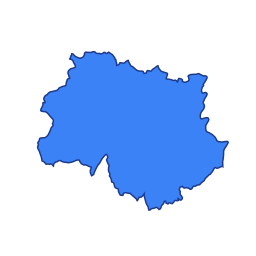 the district of Moc Chau, Son La, Vietnam, rotated 74°
{"feature_id": "81297802B18330735489877", "entity_name": "Moc Chau", "entity_type": "district", "adm_level": 2, "iso_a3": "VNM", "parent_name": "Vietnam", "parent_adm1": "Son La", "projection": "orthographic", "projection_center": [104.628, 20.87], "detail": "fine", "context": "isolated", "style": "filled", "palette": "blue", "viewbox_px": 256, "rotation_deg": 74, "n_neighbors": 0, "source": "geoboundaries", "source_scale": "gbopen_adm2", "svg_char_len": 5772}
<svg xmlns="http://www.w3.org/2000/svg" viewBox="0 0 256 256"><g transform="rotate(74 128 128)"><path d="M94.4,65.3L94.6,65.8L95.3,66.5L97.4,67.7L97.4,67.9L96.0,68.4L95.0,69.4L95.0,70.7L94.7,71.5L93.6,72.9L92.3,75.3L91.6,77.4L91.4,77.6L90.6,77.5L87.5,75.4L86.9,75.1L86.1,75.3L82.7,80.4L79.7,81.8L77.7,82.1L76.5,82.0L76.4,82.2L76.6,83.3L77.5,85.3L78.4,88.2L79.6,90.1L79.6,90.8L78.5,92.5L78.2,93.4L78.4,94.0L79.3,94.7L80.0,95.0L80.2,95.5L80.0,96.8L79.6,97.7L79.3,97.8L78.0,97.8L77.5,98.2L76.9,99.8L76.4,101.4L75.9,102.4L75.2,103.3L73.8,104.4L70.2,106.7L69.5,107.8L68.3,108.3L64.5,109.1L63.1,109.1L63.0,109.5L63.4,111.4L64.2,112.9L64.5,114.1L64.3,114.9L63.2,117.1L63.1,117.7L64.6,119.4L64.7,121.3L64.7,121.6L62.2,121.0L61.1,121.2L59.9,120.9L58.6,121.0L58.1,121.6L57.6,121.4L56.7,121.4L53.2,122.8L49.8,125.7L49.8,126.0L50.5,127.7L50.2,128.5L49.0,129.4L48.7,130.1L48.7,130.4L49.1,131.4L49.3,132.1L49.4,133.1L49.2,133.8L48.6,134.5L48.4,135.3L47.7,137.4L47.0,138.2L46.1,138.6L45.8,138.8L45.4,139.3L45.0,140.6L45.2,142.7L44.0,146.5L43.8,146.8L43.4,147.9L43.5,148.3L44.1,149.0L44.5,149.3L46.0,150.0L47.0,151.2L47.5,151.9L47.7,153.1L47.7,154.7L47.6,155.1L47.1,156.0L45.1,158.5L43.2,159.8L42.1,160.2L41.7,160.5L41.1,161.6L42.0,162.0L43.1,163.1L44.7,164.1L45.6,165.0L45.9,164.7L46.4,163.6L47.9,162.4L49.1,162.4L50.9,162.1L53.3,161.4L54.7,161.7L55.3,162.9L55.3,166.4L55.5,167.3L56.5,169.4L57.7,170.2L59.0,170.7L60.6,170.4L62.6,170.6L62.9,170.4L63.8,170.3L64.1,170.3L64.3,170.7L64.2,171.8L64.2,172.2L64.5,172.8L65.1,173.3L65.9,173.8L67.3,174.8L69.4,175.6L69.7,175.9L70.0,176.4L70.2,177.1L70.0,179.0L70.3,181.9L70.6,183.2L71.8,184.9L72.1,185.5L72.2,186.4L72.1,189.9L71.9,192.4L72.0,193.5L72.6,195.1L73.7,196.4L73.9,198.0L74.2,198.6L74.8,199.5L76.3,200.8L77.9,201.0L79.3,200.5L80.7,200.8L80.8,201.2L80.1,202.3L80.2,202.6L80.7,203.0L81.8,203.1L83.2,204.0L85.8,206.4L87.1,207.1L88.1,206.5L89.7,202.8L90.2,202.2L92.0,201.0L95.8,199.4L99.1,197.7L99.9,197.7L101.3,198.0L103.0,199.4L104.8,199.2L105.3,199.7L106.4,201.5L107.2,202.2L108.7,203.3L110.8,205.0L112.6,206.7L113.4,207.8L114.0,209.1L114.4,210.5L114.0,212.6L113.6,214.4L113.6,215.5L114.0,216.0L115.1,216.5L115.7,217.0L117.0,218.5L118.0,218.9L119.1,218.7L119.6,218.9L120.1,219.2L120.7,219.8L121.5,220.2L122.6,220.3L125.7,219.7L130.5,219.4L131.8,219.3L136.0,219.7L136.6,218.8L137.4,218.1L138.5,217.4L139.8,217.1L140.0,216.9L140.4,216.2L140.5,214.6L141.0,214.0L141.3,213.5L141.3,211.8L141.4,211.6L142.5,210.8L143.4,210.5L144.0,210.3L144.1,210.2L143.1,209.9L142.7,209.6L141.8,208.8L141.4,208.3L141.0,207.4L140.8,206.4L140.9,205.4L140.8,204.9L140.3,203.8L140.4,202.8L140.8,201.9L142.3,200.4L143.5,198.3L144.0,196.8L144.9,195.2L145.2,192.9L145.3,190.7L144.8,186.2L145.0,184.8L145.3,184.1L145.5,183.7L147.1,183.5L149.2,182.8L150.5,181.7L151.4,180.6L151.8,178.8L152.1,178.3L153.9,176.4L155.3,174.5L155.7,174.0L158.2,175.8L159.2,176.2L160.9,176.5L163.8,176.2L163.8,175.6L163.2,173.8L161.9,173.0L160.0,171.5L157.0,168.8L155.4,167.1L154.0,165.0L150.1,161.1L149.2,159.6L148.0,158.0L147.3,156.3L147.6,155.8L149.1,155.5L150.4,155.5L151.0,155.8L152.5,157.3L153.3,157.4L155.8,157.2L157.6,156.9L158.1,156.6L158.7,156.6L160.3,157.4L163.0,158.4L164.3,158.5L166.3,158.2L167.6,158.2L168.1,158.4L168.7,159.0L169.0,159.1L170.4,158.5L171.7,158.3L174.4,158.4L175.2,158.6L175.6,158.3L176.5,157.1L177.7,156.8L180.6,157.0L181.5,156.8L182.0,156.6L183.8,154.4L184.1,154.2L185.0,154.3L186.5,154.7L189.9,154.1L190.4,153.7L190.8,153.2L191.3,151.4L190.6,151.0L189.6,150.2L189.3,148.8L189.5,148.1L190.1,147.0L190.7,145.8L191.1,145.2L191.3,143.9L191.9,143.7L194.8,141.9L196.2,140.9L197.5,140.2L198.5,139.5L200.1,139.3L200.4,139.2L200.3,138.9L197.8,136.6L197.7,135.3L198.0,134.7L198.0,133.8L195.8,130.6L196.4,130.9L196.6,131.1L204.1,131.3L205.8,131.2L209.4,130.4L210.3,130.4L212.5,130.7L212.9,129.3L212.0,127.9L212.3,124.6L212.1,123.8L212.1,122.4L214.0,120.9L214.9,120.6L214.8,119.6L214.1,118.7L211.6,116.8L210.6,114.9L209.4,113.8L208.8,113.5L208.5,113.3L208.5,113.0L208.8,112.0L210.7,112.1L210.9,112.0L211.4,111.2L211.8,110.8L212.0,110.5L211.9,110.2L211.6,110.1L211.4,109.7L211.3,109.4L211.4,108.6L211.6,108.3L212.4,107.4L212.9,106.5L212.2,104.9L211.0,103.5L210.8,102.9L210.8,101.9L211.3,101.2L211.5,100.7L211.5,99.5L211.3,99.2L209.9,99.5L209.5,99.3L209.8,98.9L210.4,98.7L211.1,98.4L211.8,97.3L211.8,96.6L211.5,95.9L210.2,94.9L208.1,95.3L206.4,96.1L204.4,95.7L203.8,95.3L203.0,95.3L201.5,95.7L200.4,95.1L199.3,94.3L199.2,94.1L199.2,92.8L199.0,91.9L199.4,91.6L200.2,91.4L201.0,90.8L201.3,90.3L201.3,89.1L201.6,88.0L202.7,86.2L204.0,85.2L204.2,83.9L203.7,83.0L202.8,82.3L202.2,81.4L202.1,80.8L202.5,79.1L202.0,77.4L202.0,76.6L202.3,74.8L201.1,72.9L199.5,69.2L198.5,68.4L197.7,67.3L196.3,64.7L195.5,63.4L195.1,61.6L193.3,59.1L190.0,55.6L190.0,55.2L191.2,53.6L191.3,51.8L191.1,51.2L190.8,48.9L191.0,47.8L191.3,47.5L186.4,46.3L184.1,45.1L180.3,43.6L176.2,42.3L174.6,41.0L172.3,38.3L170.2,36.3L169.5,35.7L168.5,35.8L168.0,37.0L167.3,42.1L166.6,43.2L166.3,44.3L165.6,45.3L164.8,46.0L162.8,46.3L160.5,47.0L157.7,48.7L154.8,51.4L153.6,53.0L152.4,53.6L150.6,53.6L147.4,52.8L144.5,50.1L143.3,48.7L142.1,48.0L141.0,48.0L140.2,48.5L139.6,50.0L139.6,54.7L139.0,55.4L137.3,55.6L135.2,54.8L133.4,53.7L130.6,50.1L128.5,48.6L127.2,48.4L125.3,48.7L123.7,48.6L123.1,47.9L121.0,46.2L119.2,44.2L117.5,42.7L116.5,42.6L115.8,43.0L115.1,43.9L115.2,46.2L114.6,46.9L113.1,47.2L111.3,46.7L109.1,45.2L108.2,43.7L106.9,43.6L106.1,42.8L103.7,40.0L101.8,38.3L100.7,38.0L100.2,38.1L99.2,39.2L98.6,41.2L98.3,41.7L95.2,45.0L95.1,46.1L95.2,47.5L94.6,49.5L93.9,53.0L94.2,55.2L94.5,55.7L95.2,56.0L96.1,55.8L97.6,55.9L98.4,56.0L98.9,56.3L99.4,57.1L99.8,59.1L99.9,59.9L99.7,60.6L99.0,62.1L98.1,62.9L97.2,62.5L96.6,62.5L96.2,62.6L95.5,63.4L94.4,65.3Z" fill="#3b82f6" stroke="#1e3a8a" stroke-width="1.5"/></g></svg>